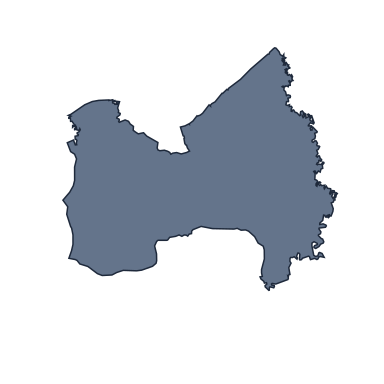 Aceh Utara, Aceh, Indonesia (Natural Earth projection), rotated 341°
{"feature_id": "22746128B43339434023645", "entity_name": "Aceh Utara", "entity_type": "district", "adm_level": 2, "iso_a3": "IDN", "parent_name": "Indonesia", "parent_adm1": "Aceh", "projection": "natural_earth1", "projection_center": [97.205, 4.994], "detail": "fine", "context": "isolated", "style": "filled", "palette": "slate", "viewbox_px": 384, "rotation_deg": 341, "n_neighbors": 0, "source": "geoboundaries", "source_scale": "gbopen_adm2", "svg_char_len": 6060}
<svg xmlns="http://www.w3.org/2000/svg" viewBox="0 0 384 384"><g transform="rotate(341 192 192)"><path d="M318.3,83.4L317.2,82.6L315.9,82.9L310.9,85.2L309.8,86.7L308.6,86.4L287.6,94.8L274.5,101.3L260.3,105.9L259.2,107.2L258.4,106.3L253.1,108.8L252.6,108.4L243.1,114.3L239.6,114.9L237.5,116.0L237.4,116.7L236.5,115.2L227.7,121.0L224.8,122.0L221.3,122.0L222.1,121.2L216.0,125.2L211.6,126.6L211.5,127.2L211.0,126.6L207.0,127.2L202.2,126.8L201.9,136.0L202.7,136.6L202.4,138.6L201.8,138.8L201.0,143.6L201.3,145.3L202.1,145.9L202.0,148.8L203.0,152.5L199.8,152.9L194.2,152.5L190.3,149.7L186.4,149.0L184.3,149.4L183.8,147.3L182.3,145.6L179.5,143.5L175.0,142.5L173.5,141.1L173.4,139.0L175.9,134.1L167.4,124.4L165.5,120.2L160.1,119.5L158.0,116.8L156.5,114.5L158.0,110.9L155.7,107.6L155.0,104.5L152.2,102.1L145.9,102.4L145.6,101.5L146.7,100.4L146.8,99.4L144.9,97.6L145.4,96.8L149.0,95.6L149.7,94.3L148.2,92.9L149.1,91.4L149.0,88.4L152.9,83.0L148.8,81.0L148.9,79.7L148.6,81.2L150.3,82.1L149.5,83.4L150.6,83.8L150.2,84.9L147.6,84.0L147.7,83.2L146.0,81.9L146.4,80.5L147.4,80.9L147.2,79.0L143.2,78.4L143.4,77.9L133.6,75.0L127.2,74.0L119.0,74.6L102.8,79.1L100.1,79.3L102.2,80.9L99.8,81.3L99.5,82.2L101.0,82.6L100.2,85.7L101.6,86.1L102.7,90.3L102.1,91.3L100.8,90.3L100.2,91.9L101.4,91.4L102.7,92.2L103.5,91.5L103.4,93.4L101.5,94.0L101.3,94.9L102.0,95.0L103.6,93.8L103.3,95.7L105.4,97.1L106.5,95.7L106.6,96.8L104.9,98.2L102.6,98.7L102.4,99.7L103.2,100.7L102.7,101.6L99.6,101.2L98.7,104.3L99.7,104.6L100.0,105.8L98.6,108.0L98.4,109.8L97.0,109.5L96.8,104.3L90.1,104.8L90.4,114.3L93.3,118.0L93.6,123.1L89.1,130.2L84.8,142.8L81.8,147.5L76.3,152.4L67.3,157.7L69.7,165.5L66.3,172.3L66.0,185.1L66.4,187.0L65.5,193.8L62.4,202.8L59.0,208.3L54.0,214.6L59.7,217.9L61.1,219.4L62.5,223.5L69.3,228.5L76.0,238.4L79.9,241.7L89.3,244.4L94.6,243.6L101.5,243.7L114.0,248.5L119.0,249.5L130.5,249.4L134.8,247.7L136.2,245.5L138.3,239.0L139.1,230.8L142.5,227.2L144.2,226.6L152.2,229.4L153.3,229.5L156.1,227.6L162.1,228.6L165.8,228.4L168.0,230.6L170.6,230.1L172.5,230.9L173.6,232.3L175.6,230.9L178.0,231.2L179.0,228.8L180.8,227.9L189.4,227.5L199.5,233.3L219.6,240.7L222.9,241.1L226.0,244.1L230.3,245.3L232.7,247.4L236.7,254.6L237.9,261.8L241.7,266.4L241.5,270.2L238.6,278.9L232.5,288.0L231.4,291.2L231.0,294.7L228.7,294.4L228.9,296.8L230.8,299.8L230.8,301.7L232.9,302.0L232.8,303.4L230.6,304.3L230.3,305.5L232.6,310.0L233.1,310.0L234.0,307.7L234.9,307.1L238.1,309.2L239.1,308.3L239.3,307.2L237.1,305.9L237.2,304.8L238.0,304.5L241.3,306.3L254.2,306.0L255.1,304.8L255.3,302.3L255.9,302.9L256.9,301.5L257.8,301.8L258.9,295.0L262.5,291.5L262.0,289.4L263.1,286.6L264.1,286.0L265.7,286.7L267.5,286.4L269.4,289.7L270.2,288.7L269.9,286.9L272.2,284.2L273.2,284.6L273.7,286.0L271.7,290.5L271.9,291.4L273.5,291.6L274.9,290.6L281.3,290.6L282.0,291.3L282.0,294.5L286.3,294.7L288.1,296.5L289.3,296.3L290.8,294.8L292.3,294.8L295.7,296.8L295.0,292.5L293.0,290.7L292.1,290.8L290.1,293.4L287.8,293.1L286.5,291.5L287.9,281.6L288.9,279.3L291.2,278.7L293.7,281.4L293.5,282.5L290.5,282.6L289.3,283.7L289.4,284.5L290.6,285.7L294.3,284.9L296.7,283.2L299.5,283.0L300.4,282.0L300.2,279.0L299.1,278.1L297.3,274.4L297.7,273.6L299.9,273.3L300.9,271.7L300.0,268.2L300.5,267.5L306.7,268.8L308.0,267.8L307.9,266.9L305.6,264.8L302.2,264.3L302.7,263.0L306.4,261.4L308.9,256.7L310.0,257.3L310.0,258.9L310.6,259.5L312.0,258.2L312.9,258.2L313.1,259.3L312.2,260.1L312.6,260.7L313.8,260.1L314.4,257.6L314.8,259.6L315.7,260.0L318.9,256.2L320.1,253.8L320.1,247.6L322.4,247.5L323.5,245.9L324.6,246.1L325.2,243.8L326.4,243.6L327.4,241.7L328.9,240.8L328.2,239.7L326.9,239.6L325.7,242.1L323.3,244.1L322.7,241.3L324.4,240.0L325.1,238.4L326.9,238.6L326.8,237.1L325.2,236.4L322.9,238.9L321.9,239.1L321.7,238.1L324.0,235.4L324.1,234.0L321.4,232.6L320.9,230.2L318.2,232.1L318.2,230.9L319.8,228.8L316.7,228.2L316.1,226.8L314.9,227.4L314.3,226.4L314.4,225.1L316.6,225.0L316.2,224.0L313.8,224.4L312.0,227.2L311.4,226.3L311.9,224.7L314.3,222.8L313.7,221.4L312.2,220.1L314.4,214.8L313.8,212.2L315.1,212.1L315.9,215.1L318.3,213.3L319.7,214.9L321.4,212.3L323.3,212.2L324.0,208.9L326.1,207.7L326.3,207.0L325.5,206.3L323.2,208.1L320.7,206.8L319.4,207.1L318.8,206.3L320.0,205.2L321.6,205.1L322.2,203.4L322.9,203.5L323.8,205.0L324.6,204.6L325.1,203.4L324.2,202.2L324.2,199.4L323.3,199.0L321.8,199.8L321.1,198.5L323.6,196.6L323.5,193.1L325.1,192.9L327.5,190.7L327.2,190.0L325.4,189.1L325.2,188.1L326.5,186.7L326.0,184.1L324.9,183.6L322.7,184.5L322.0,183.8L322.0,182.8L322.7,182.0L325.5,181.6L326.9,179.3L327.1,176.4L329.5,176.4L330.0,175.6L327.3,169.8L326.8,169.8L325.7,172.5L324.4,172.2L324.5,170.2L326.4,169.1L326.5,168.4L323.6,167.4L323.7,166.8L326.5,165.1L329.0,167.2L329.7,166.6L328.8,164.4L327.2,163.2L327.0,161.9L328.2,160.5L329.4,160.3L329.9,160.9L329.4,163.2L330.0,164.2L330.0,158.8L329.1,158.4L327.8,159.4L328.1,157.1L327.3,156.1L326.6,156.4L326.7,158.8L323.9,159.1L325.0,155.5L324.4,154.7L323.0,157.0L321.3,157.8L321.1,156.3L322.6,155.1L323.4,153.3L322.7,151.3L320.9,151.4L319.8,153.4L320.1,154.6L318.7,154.9L316.8,151.0L315.5,150.4L314.8,147.5L313.6,147.3L312.8,148.4L312.1,147.9L312.8,145.9L314.2,144.5L313.7,143.2L311.8,142.9L312.6,141.2L310.3,141.2L309.2,140.1L310.8,137.3L312.5,137.9L312.9,137.5L313.2,134.6L315.6,134.7L316.2,133.7L316.2,132.7L314.4,131.4L312.7,131.6L313.1,127.8L312.1,125.4L313.1,123.3L311.5,121.8L312.4,121.5L314.6,122.7L315.4,122.2L317.3,123.8L317.9,122.5L319.6,123.1L320.1,121.6L319.6,118.6L320.4,118.5L321.1,120.2L322.4,119.4L323.8,119.5L323.2,117.6L324.1,116.6L323.5,115.4L324.6,115.4L324.3,113.6L323.5,114.1L322.3,112.6L321.3,113.1L320.4,112.5L321.1,110.6L319.9,110.8L319.1,109.5L319.9,107.9L320.4,109.3L320.9,109.2L319.8,106.6L321.3,106.2L321.5,107.9L323.5,106.4L324.7,106.8L325.0,106.3L323.7,104.2L324.8,103.4L323.9,102.8L323.2,100.2L322.3,100.5L321.8,102.4L319.8,101.7L321.1,100.2L320.0,97.4L320.9,97.5L321.9,99.0L322.4,98.2L322.0,96.9L320.5,96.2L320.6,95.3L321.3,95.0L322.7,96.4L324.4,95.7L322.8,94.0L323.5,91.9L322.0,93.1L320.1,90.7L320.0,87.8L318.3,83.4Z" fill="#64748b" stroke="#1e293b" stroke-width="1.5"/></g></svg>